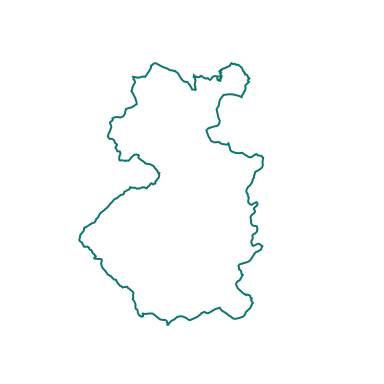 Benenitra, Atsimo-Andrefana, Madagascar (Mercator projection), rotated 209°
{"feature_id": "10022922B93003724204974", "entity_name": "Benenitra", "entity_type": "district", "adm_level": 2, "iso_a3": "MDG", "parent_name": "Madagascar", "parent_adm1": "Atsimo-Andrefana", "projection": "mercator", "projection_center": [45.12, -23.452], "detail": "fine", "context": "isolated", "style": "outline", "palette": "teal", "viewbox_px": 384, "rotation_deg": 209, "n_neighbors": 0, "source": "geoboundaries", "source_scale": "gbopen_adm2", "svg_char_len": 6044}
<svg xmlns="http://www.w3.org/2000/svg" viewBox="0 0 384 384"><g transform="rotate(209 192 192)"><path d="M176.4,58.3L174.8,59.1L174.6,59.7L175.3,60.9L176.2,61.5L176.1,61.9L173.8,62.6L169.9,65.4L167.3,66.6L158.2,65.1L156.4,65.6L153.5,67.0L151.9,67.1L150.4,65.9L149.4,64.2L148.7,64.0L148.3,64.6L148.5,65.7L147.6,69.2L145.6,72.1L144.4,75.6L141.9,77.7L139.2,78.8L135.7,79.0L133.2,78.6L131.6,78.9L126.8,85.4L125.1,89.6L125.1,90.4L122.9,93.3L121.2,93.1L119.4,93.6L118.4,94.8L114.8,100.9L111.6,104.2L109.0,102.8L102.9,102.5L99.4,101.8L98.0,101.9L95.4,101.4L94.1,101.4L92.5,102.2L90.2,104.1L87.0,107.7L86.6,108.6L86.3,110.5L86.6,113.2L84.7,119.2L85.2,123.0L85.0,124.5L87.9,126.1L88.2,126.4L88.0,128.0L89.7,128.1L91.0,129.4L91.7,129.5L94.2,129.0L94.5,128.0L99.3,128.5L105.1,129.9L108.5,132.2L109.1,133.8L109.0,134.9L108.7,136.2L107.8,137.3L107.5,138.1L107.4,144.2L108.7,144.1L110.5,146.3L111.5,146.9L113.7,147.4L114.1,148.7L115.4,149.5L115.6,150.7L115.2,151.9L109.6,157.5L108.2,159.9L107.9,160.8L107.4,168.4L107.1,169.9L106.8,170.6L105.7,171.7L103.7,175.3L104.1,176.9L104.2,178.8L105.1,178.7L107.1,179.2L108.9,179.1L112.4,174.4L113.3,174.7L115.6,176.5L116.3,178.3L116.3,180.3L116.6,181.4L117.9,183.0L118.1,183.7L117.8,184.8L116.7,186.5L116.2,187.9L116.1,189.1L116.7,190.6L116.7,191.4L118.9,193.4L121.7,192.3L122.8,192.2L123.9,192.6L125.2,193.5L126.0,194.7L126.4,195.7L128.5,198.1L128.8,200.0L128.4,201.6L127.7,202.8L127.2,204.8L128.2,206.4L129.4,207.0L130.0,207.7L128.7,211.5L128.9,213.4L129.9,214.3L130.8,214.2L131.6,213.3L133.5,210.0L134.1,209.4L134.7,209.3L137.7,210.2L138.3,210.9L139.7,214.7L141.2,215.6L142.3,217.2L144.1,218.0L144.9,219.1L145.4,220.4L145.4,223.2L145.1,224.6L144.6,225.5L144.1,229.5L145.0,232.8L144.8,234.4L145.1,235.4L145.6,235.8L145.6,236.9L146.4,240.5L144.4,243.1L142.8,246.7L142.7,248.4L143.0,249.7L144.8,252.2L146.4,256.5L146.8,256.4L148.6,257.2L152.3,256.0L153.7,256.5L154.3,256.1L154.6,255.4L155.4,254.8L155.9,253.2L157.4,250.8L159.8,250.1L164.7,250.3L167.0,250.7L169.7,248.7L172.9,247.3L177.0,246.7L178.9,247.3L180.1,248.8L183.7,252.2L184.4,250.3L188.7,248.7L190.6,248.4L193.0,248.8L194.7,247.4L196.7,246.2L199.8,245.8L205.0,249.0L209.3,252.9L208.6,255.6L204.4,260.1L202.0,262.0L201.3,264.2L202.1,267.6L205.0,269.9L210.6,276.2L210.5,280.8L211.4,283.0L212.3,286.4L211.5,292.2L206.1,296.0L203.1,297.3L197.6,298.8L194.5,299.0L195.1,300.8L194.7,302.5L195.1,304.3L194.7,305.9L195.3,308.4L196.9,310.8L196.9,311.7L195.5,316.0L197.1,316.4L197.4,316.9L197.3,317.6L196.8,319.1L198.8,319.5L199.0,320.1L200.3,320.9L201.8,321.0L202.5,320.5L203.5,321.7L204.4,321.8L204.8,322.4L206.3,322.8L207.7,324.2L208.8,324.8L213.0,325.7L214.0,325.4L214.8,324.6L216.6,324.9L218.4,323.7L219.9,323.8L220.3,322.0L220.0,320.9L221.2,319.1L222.1,318.2L222.7,316.9L224.5,315.1L225.8,313.1L225.3,312.7L226.6,311.2L226.5,310.7L224.6,310.6L225.0,309.3L222.7,308.0L223.6,307.1L223.5,306.8L222.8,306.3L221.9,306.6L221.7,306.4L222.2,305.0L222.2,304.7L221.5,304.3L221.2,303.3L221.3,302.8L222.0,302.8L222.6,303.2L222.9,302.4L224.2,302.6L224.3,303.0L225.2,303.9L225.2,305.6L228.1,304.5L229.2,303.6L229.9,302.0L230.0,299.9L230.6,298.7L233.4,299.2L234.7,298.0L236.0,297.7L240.4,298.0L240.8,297.7L240.9,296.3L241.2,296.0L243.3,294.8L245.9,294.7L246.9,295.0L246.2,293.3L244.7,293.0L244.2,292.3L243.2,291.7L241.5,286.9L241.0,286.3L240.3,286.0L240.0,285.0L238.3,283.5L238.4,283.1L241.7,281.7L243.4,283.2L244.3,283.5L245.7,284.5L246.6,284.6L248.0,285.5L249.5,286.0L251.8,284.9L253.5,284.9L256.8,286.0L259.7,287.9L262.5,289.3L264.3,289.3L265.6,289.7L266.9,288.9L268.2,288.9L269.9,287.9L274.5,287.9L277.9,287.2L286.0,287.1L287.5,286.1L288.6,283.2L289.1,282.7L288.3,281.3L288.1,280.4L288.1,277.1L288.8,270.0L290.5,269.5L294.5,265.8L299.3,264.2L298.2,263.3L297.8,262.2L296.7,262.0L295.0,260.4L294.9,255.1L294.3,253.0L293.9,252.5L294.0,250.9L291.0,249.3L286.9,246.4L283.7,243.3L283.0,241.8L283.8,240.6L285.5,237.1L290.0,232.7L289.3,229.8L288.6,228.0L288.8,225.0L290.2,223.0L291.1,222.2L293.2,221.7L295.5,220.2L297.3,217.8L296.5,217.1L296.3,216.0L297.4,213.1L297.2,212.4L295.4,211.3L294.0,209.6L293.2,204.8L293.2,202.5L292.6,199.8L289.9,198.5L287.9,199.6L286.0,199.7L285.0,199.3L283.1,197.7L280.7,197.2L280.4,196.4L280.6,194.0L280.3,193.5L278.8,192.8L277.4,191.6L276.3,191.6L275.0,192.5L273.7,191.7L272.9,189.7L273.0,188.4L271.5,185.2L270.9,184.8L270.1,184.7L268.7,185.8L265.5,186.8L265.0,187.5L262.6,188.7L262.1,190.6L262.0,192.4L260.8,196.0L260.4,196.6L258.8,197.9L256.6,198.4L256.1,198.0L255.7,196.2L255.3,195.9L252.2,195.3L249.3,195.2L247.4,194.7L247.1,194.4L245.0,194.8L241.9,196.0L238.3,196.1L236.2,195.0L232.4,193.7L231.2,192.4L229.7,192.7L229.5,191.4L228.5,190.4L228.1,187.8L228.8,186.1L228.6,184.6L229.1,183.5L228.3,182.1L228.2,181.6L229.3,180.9L229.6,179.8L231.6,180.0L231.9,179.7L232.3,178.6L232.3,177.1L233.2,175.2L233.3,173.5L233.8,173.1L235.0,173.2L237.8,172.0L239.4,169.7L240.7,169.1L241.6,168.2L244.0,168.1L246.5,166.6L248.3,166.3L248.5,165.8L248.2,165.0L248.1,163.9L249.4,162.3L251.4,158.9L250.8,157.4L250.9,156.5L252.8,155.0L254.6,150.4L256.5,147.7L256.8,145.6L258.0,140.7L258.4,137.6L259.1,136.3L260.4,132.3L261.8,129.5L262.1,127.4L261.8,124.5L262.7,121.6L262.3,120.1L262.6,117.9L264.5,115.9L267.6,110.0L268.9,108.7L268.8,108.0L268.2,106.8L267.9,105.5L268.9,100.2L268.0,98.1L267.4,95.5L266.8,94.9L266.0,94.6L263.6,94.4L262.4,93.3L261.3,93.1L260.4,91.8L259.1,92.1L257.3,93.5L256.5,93.3L255.7,93.6L255.0,93.3L253.8,92.1L252.0,92.3L251.0,91.9L250.4,91.6L250.0,90.8L248.5,90.2L247.1,90.2L246.5,89.5L245.0,89.2L244.9,88.7L245.5,87.1L245.4,86.6L244.4,86.7L239.4,89.1L238.3,89.2L237.9,88.8L236.7,85.3L234.7,83.1L232.9,82.0L229.0,80.7L225.6,78.9L224.2,79.2L222.8,78.8L221.9,79.1L220.4,78.4L217.7,77.7L215.8,78.3L214.0,76.9L209.4,75.0L208.3,75.3L206.3,74.9L204.9,76.3L204.2,76.5L203.2,77.5L202.6,77.7L201.5,77.0L199.8,76.9L194.8,75.8L194.2,75.1L193.2,72.5L192.0,71.1L191.9,69.5L189.6,68.4L187.6,67.0L186.8,66.1L185.6,63.7L184.9,62.9L184.1,62.5L183.0,62.6L182.4,62.4L181.0,60.3L178.5,58.5L176.9,58.7L176.4,58.3Z" fill="none" stroke="#0f766e" stroke-width="2"/></g></svg>